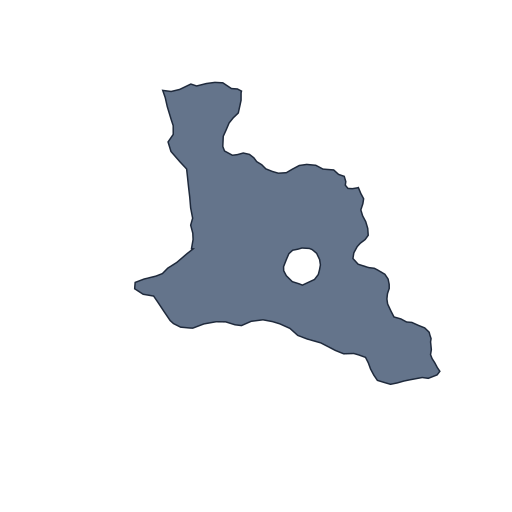 outline of Babek District, Babək, Azerbaijan, rotated 332°
{"feature_id": "54616110B53070579367508", "entity_name": "Babek District", "entity_type": "district", "adm_level": 2, "iso_a3": "AZE", "parent_name": "Azerbaijan", "parent_adm1": "Babək", "projection": "mercator", "projection_center": [45.413, 39.259], "detail": "fine", "context": "isolated", "style": "filled", "palette": "slate", "viewbox_px": 512, "rotation_deg": 332, "n_neighbors": 0, "source": "geoboundaries", "source_scale": "gbopen_adm2", "svg_char_len": 2366}
<svg xmlns="http://www.w3.org/2000/svg" viewBox="0 0 512 512"><g transform="rotate(332 256 256)"><path d="M378.5,243.6L377.7,243.5L372.7,241.8L368.9,239.5L368.1,235.4L370.2,232.5L371.3,227.1L367.2,222.7L365.0,216.5L355.9,210.7L351.4,204.0L344.0,199.1L343.9,199.0L336.7,196.4L329.0,196.4L321.9,196.7L314.6,193.4L310.1,189.0L305.6,183.7L303.9,178.1L300.9,173.0L300.2,168.3L297.9,163.2L293.1,159.1L287.3,157.8L282.5,156.0L277.5,148.5L278.1,143.7L283.3,134.9L288.9,130.6L294.7,125.9L300.8,123.3L307.5,121.4L312.2,115.9L315.9,111.5L319.5,104.8L320.6,103.6L318.0,99.8L312.9,96.6L308.0,87.5L301.2,83.4L293.1,80.4L283.4,78.0L279.2,73.6L266.8,73.1L258.3,70.9L251.8,66.3L251.4,66.0L250.2,73.6L247.8,82.4L245.1,96.1L244.1,102.0L240.0,109.8L231.9,114.0L230.0,123.8L233.1,137.3L235.6,146.6L232.4,154.6L229.0,163.0L225.1,173.0L220.9,182.8L217.8,192.9L212.8,198.1L210.9,206.2L208.2,211.9L202.5,219.2L203.9,220.2L196.4,221.5L183.0,224.5L172.4,225.3L165.1,227.6L158.3,226.8L146.4,223.8L136.9,222.6L134.4,226.5L133.5,228.0L138.4,236.8L146.8,243.3L147.6,250.2L148.7,261.6L149.9,272.7L151.4,276.9L156.0,283.4L163.6,288.4L166.3,290.0L178.1,291.5L189.9,295.3L198.3,299.9L205.1,306.8L210.5,310.6L221.1,311.4L232.2,315.6L239.8,321.7L245.2,327.1L252.0,335.9L255.6,345.7L262.2,353.3L272.4,363.1L274.9,366.7L281.7,376.6L287.5,383.5L296.6,388.0L300.3,391.6L305.1,396.9L305.0,403.2L304.1,409.5L304.1,416.5L304.8,422.8L310.3,428.3L314.5,432.4L321.2,434.4L327.8,435.8L333.6,437.5L340.3,439.6L345.7,441.3L350.7,444.9L360.1,446.0L364.2,444.1L363.7,439.7L363.7,434.3L363.3,429.2L363.8,425.0L366.8,421.1L368.5,417.0L369.8,413.8L371.8,411.1L372.4,407.5L373.1,404.6L371.2,398.7L366.9,393.6L362.4,387.8L358.0,385.0L354.4,379.6L349.2,374.6L349.3,367.6L349.7,360.1L351.4,355.4L354.3,351.1L355.7,349.7L358.4,347.2L360.3,343.5L361.8,338.4L361.2,332.6L356.7,325.3L354.7,322.4L350.4,319.4L349.0,318.1L342.3,311.2L340.4,303.7L343.9,299.1L349.8,295.2L353.9,293.7L360.1,292.7L364.8,290.4L367.6,284.1L369.0,277.2L369.0,270.6L370.2,264.5L374.9,260.0L377.9,256.0L377.9,249.9L378.5,243.6ZM294.7,269.2L296.4,269.7L300.3,270.5L306.7,274.4L308.6,276.7L310.8,282.1L310.5,289.0L308.7,294.1L305.6,298.0L302.3,301.6L296.6,304.2L283.3,303.5L281.1,300.9L276.0,295.7L273.5,287.7L273.5,282.1L275.3,278.4L278.3,275.8L281.6,273.0L286.1,269.4L291.1,268.1L294.7,269.2Z" fill="#64748b" stroke="#1e293b" stroke-width="1.5"/></g></svg>